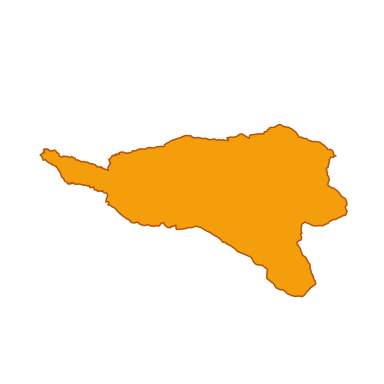 outline of Ibanesti, Mures, Romania, rotated 11°
{"feature_id": "2599482B16431385542247", "entity_name": "Ibanesti", "entity_type": "district", "adm_level": 2, "iso_a3": "ROU", "parent_name": "Romania", "parent_adm1": "Mures", "projection": "robinson", "projection_center": [25.127, 46.761], "detail": "fine", "context": "isolated", "style": "filled", "palette": "amber", "viewbox_px": 384, "rotation_deg": 11, "n_neighbors": 0, "source": "geoboundaries", "source_scale": "gbopen_adm2", "svg_char_len": 6047}
<svg xmlns="http://www.w3.org/2000/svg" viewBox="0 0 384 384"><g transform="rotate(11 192 192)"><path d="M313.1,274.9L316.3,273.8L320.4,273.6L322.9,270.4L323.0,268.9L324.0,267.8L326.6,263.6L330.5,259.3L330.9,258.4L330.6,257.3L330.0,256.2L327.9,254.1L327.5,252.4L326.8,251.1L326.0,250.5L325.8,249.6L324.5,249.1L324.1,247.4L322.3,243.5L322.1,241.9L321.1,240.0L319.7,239.0L316.9,235.6L316.5,234.9L315.4,234.1L312.9,233.1L312.0,232.3L311.0,230.4L310.3,229.7L310.1,228.6L309.2,227.0L307.9,225.6L307.1,225.1L306.0,223.6L304.9,223.1L304.7,222.7L304.7,221.8L305.8,219.8L308.1,218.2L308.4,217.6L308.2,215.5L306.7,213.6L306.9,212.3L307.8,211.6L306.7,209.6L306.0,206.8L306.1,202.4L307.9,200.8L308.3,200.1L308.9,199.8L310.8,200.5L312.8,200.7L316.2,201.8L317.7,201.9L319.9,201.7L322.9,200.8L326.9,200.1L328.7,198.6L331.4,196.9L331.8,196.4L332.0,195.5L332.7,194.7L335.2,192.7L336.0,192.1L338.5,191.4L340.2,189.7L342.9,188.0L344.1,186.8L347.1,185.4L347.6,184.5L347.5,182.3L348.0,181.4L346.2,179.2L345.4,177.8L345.3,177.0L345.5,176.4L346.6,175.4L346.1,174.7L346.1,173.6L345.7,172.3L344.1,169.6L343.0,168.9L342.1,168.8L338.7,167.1L337.7,165.7L334.9,163.3L330.2,161.2L327.9,161.0L326.0,160.3L325.3,160.2L323.9,159.1L323.9,155.9L324.5,154.6L324.4,153.4L322.7,150.3L321.4,149.4L321.3,146.9L320.1,146.0L320.1,144.7L319.4,143.2L320.9,141.5L320.9,140.8L320.7,140.0L321.1,136.5L320.9,136.0L320.9,134.6L320.5,133.7L321.0,133.1L321.2,132.5L321.2,131.9L322.1,131.2L324.2,130.9L325.4,129.4L326.0,129.1L324.2,128.4L323.3,127.2L323.4,126.5L322.5,125.1L321.6,124.4L320.1,123.9L319.2,123.9L317.5,124.4L317.1,124.4L316.1,123.2L313.7,121.5L312.4,120.7L310.6,120.2L308.6,118.9L305.6,118.7L303.3,118.9L301.6,119.4L299.1,119.5L298.9,119.2L295.9,118.9L294.2,117.5L293.3,118.0L292.7,117.9L291.6,118.2L289.1,117.3L286.4,117.7L286.0,117.4L285.3,116.0L284.3,115.4L284.1,114.9L282.6,113.5L277.5,110.9L275.6,110.6L275.0,110.1L271.6,110.3L269.0,110.2L266.9,109.2L265.3,109.1L263.5,110.0L262.2,111.1L260.8,112.7L257.6,113.4L255.8,114.4L255.4,115.8L254.4,116.2L254.0,117.9L253.5,118.4L251.8,118.9L251.6,119.3L251.2,121.3L249.4,121.5L245.5,122.5L239.1,124.6L237.8,125.7L237.7,126.8L237.9,128.0L237.7,128.3L237.3,128.3L230.3,125.5L229.5,125.6L227.6,126.4L225.8,128.4L224.2,129.6L223.2,130.1L219.0,130.9L216.2,132.0L216.7,133.0L217.7,133.8L217.9,134.5L216.2,134.5L214.9,135.1L212.6,134.7L211.7,135.3L210.4,135.6L208.9,135.3L206.1,136.5L205.3,136.3L204.7,135.8L203.7,135.7L199.2,137.4L197.4,137.0L196.1,137.0L195.0,136.6L192.3,137.6L188.0,137.2L184.6,138.4L183.3,138.6L180.3,137.1L175.0,137.7L173.0,138.8L172.4,139.5L171.4,139.7L171.1,140.6L170.8,140.9L170.2,140.9L166.5,142.8L165.0,143.9L163.7,144.2L163.0,145.0L160.9,146.3L159.8,147.7L157.9,148.8L157.3,149.5L155.9,151.4L155.9,152.3L155.3,152.9L153.4,153.1L149.2,154.2L147.4,155.2L146.3,156.3L144.6,156.2L143.3,156.5L141.8,156.3L141.1,156.8L140.1,156.9L138.6,158.4L137.7,159.0L134.2,159.5L133.0,159.4L130.3,161.0L129.2,162.1L127.8,162.7L126.1,162.7L124.8,164.6L124.2,165.1L123.0,165.4L122.4,166.0L120.0,166.2L119.9,166.3L120.1,166.6L119.1,166.6L118.6,166.2L116.2,165.9L114.6,166.5L113.0,167.4L113.5,168.7L112.2,168.5L110.7,169.5L110.9,169.8L110.8,170.1L109.7,169.6L109.3,169.9L109.8,170.6L108.8,171.0L107.5,171.1L106.6,171.6L106.4,173.1L105.1,175.2L104.1,175.8L104.5,176.3L105.2,178.0L106.0,178.5L106.0,179.2L106.6,179.4L105.7,181.2L105.8,181.3L105.4,182.0L104.9,184.2L105.0,185.0L105.7,186.7L99.2,185.6L98.3,185.3L98.6,184.9L98.4,184.9L97.5,184.8L96.0,185.3L94.8,185.0L94.1,185.4L93.4,184.7L91.4,183.7L89.5,183.6L88.5,183.2L87.3,183.7L86.7,183.6L83.5,182.6L82.4,183.1L80.6,182.6L79.8,182.9L76.9,183.4L75.8,182.8L74.6,182.7L73.7,182.3L71.7,182.6L71.3,182.1L70.7,181.1L68.5,180.8L67.1,180.1L65.5,181.5L62.8,180.9L61.6,181.3L59.7,181.2L58.6,181.5L57.8,182.5L56.3,182.6L55.5,182.2L54.4,181.1L53.8,179.6L51.7,179.2L51.1,178.1L50.1,177.8L49.1,177.0L47.6,178.0L46.0,178.3L44.9,179.1L43.6,178.4L43.3,177.7L42.0,177.8L41.1,177.3L40.4,177.7L39.1,178.0L38.3,178.5L39.4,179.3L38.8,180.6L38.6,180.6L38.7,181.8L39.2,181.7L38.9,182.1L37.9,182.5L36.0,184.6L36.7,185.0L38.3,186.5L39.9,189.1L41.7,188.3L45.0,190.3L48.7,191.2L49.0,191.9L50.9,191.9L53.6,193.1L53.9,192.8L58.0,197.3L59.1,198.2L61.1,202.1L63.1,203.1L64.8,205.4L67.2,206.3L68.7,207.7L70.3,206.8L70.4,207.6L72.1,206.0L72.5,206.6L73.2,205.7L74.3,206.0L75.8,206.7L80.4,205.6L84.0,206.0L86.2,205.5L87.4,205.9L89.5,205.8L90.0,205.4L90.6,206.8L92.1,207.2L92.3,206.8L93.8,206.3L94.3,205.8L94.7,206.2L95.0,207.1L95.9,208.5L97.6,208.2L99.5,209.3L100.3,209.1L101.1,208.4L103.0,208.6L104.0,207.9L104.1,208.5L104.8,208.8L105.5,209.4L108.9,209.6L109.6,210.8L109.8,212.6L109.2,214.7L109.4,218.1L111.5,217.6L112.1,217.7L112.4,218.2L112.5,219.1L112.4,219.7L111.9,220.1L111.2,220.4L114.5,220.7L116.0,221.6L118.8,222.3L124.2,226.2L127.9,228.4L131.9,230.1L133.2,230.9L134.7,231.0L135.8,231.5L136.7,232.1L137.2,232.9L138.6,233.5L141.2,233.4L141.9,233.2L143.5,232.3L144.2,232.2L145.4,232.4L146.2,233.3L148.4,233.8L149.9,233.8L150.3,234.2L151.8,234.0L153.8,233.0L155.2,232.6L156.3,232.6L158.0,233.3L160.4,232.9L161.5,233.0L161.9,232.9L162.5,232.0L162.9,231.8L165.3,231.8L166.4,231.4L167.0,230.3L167.1,229.3L167.9,228.4L168.5,227.9L170.5,228.0L170.5,228.5L171.4,229.5L173.6,230.9L174.6,231.3L176.2,231.4L177.6,231.1L177.8,230.9L177.6,230.3L177.8,230.1L178.5,230.1L178.8,229.3L179.3,229.2L179.9,229.4L182.1,227.8L182.4,227.7L182.7,228.1L182.5,229.0L183.5,230.2L183.4,231.2L183.9,231.5L184.7,231.6L193.3,229.0L194.3,227.9L197.4,227.3L199.3,226.7L202.3,224.8L207.4,225.1L213.2,227.3L218.4,228.5L219.4,229.2L224.1,230.9L225.8,231.3L228.2,232.6L229.2,233.1L231.8,235.4L235.0,235.2L235.4,236.1L241.3,237.8L245.4,239.8L247.5,241.3L248.3,241.7L262.1,244.6L262.9,245.1L265.1,248.0L267.2,250.0L268.1,250.5L269.7,251.0L274.1,250.6L275.2,250.7L280.4,253.4L280.8,254.0L281.0,257.1L281.9,262.5L287.3,265.4L289.6,266.3L292.6,269.9L296.2,270.9L298.5,271.1L299.4,270.6L299.8,270.6L303.0,272.1L304.0,273.0L306.1,273.9L307.6,274.3L309.3,274.4L310.1,274.8L312.3,274.6L313.1,274.9Z" fill="#f59e0b" stroke="#b45309" stroke-width="1.5"/></g></svg>